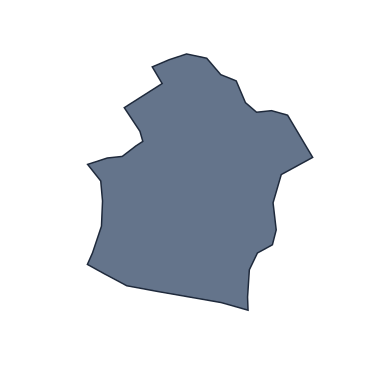 Ablekuma Central Municipal, Greater Accra, Ghana, rotated 157°
{"feature_id": "2480657B99533750399286", "entity_name": "Ablekuma Central Municipal", "entity_type": "district", "adm_level": 2, "iso_a3": "GHA", "parent_name": "Ghana", "parent_adm1": "Greater Accra", "projection": "robinson", "projection_center": [-0.239, 5.554], "detail": "fine", "context": "isolated", "style": "filled", "palette": "slate", "viewbox_px": 384, "rotation_deg": 157, "n_neighbors": 0, "source": "geoboundaries", "source_scale": "gbopen_adm2", "svg_char_len": 620}
<svg xmlns="http://www.w3.org/2000/svg" viewBox="0 0 384 384"><g transform="rotate(157 192 192)"><path d="M277.3,258.2L271.7,237.8L277.9,218.6L288.7,195.9L299.6,183.6L307.3,174.9L316.6,166.2L304.2,150.4L288.7,131.2L262.4,113.8L208.3,78.8L186.6,61.3L181.9,73.6L169.6,98.0L155.6,110.3L138.6,112.0L129.3,124.2L121.6,150.4L103.0,173.2L67.4,176.7L74.0,225.4L87.0,235.8L101.4,240.2L107.9,253.4L107.9,277.0L119.7,288.8L126.2,309.4L143.1,321.2L161.4,322.7L179.7,322.7L177.1,303.5L221.4,296.1L216.2,268.2L217.5,257.8L225.4,256.4L242.3,252.0L256.7,256.4L277.3,258.2Z" fill="#64748b" stroke="#1e293b" stroke-width="1.5"/></g></svg>